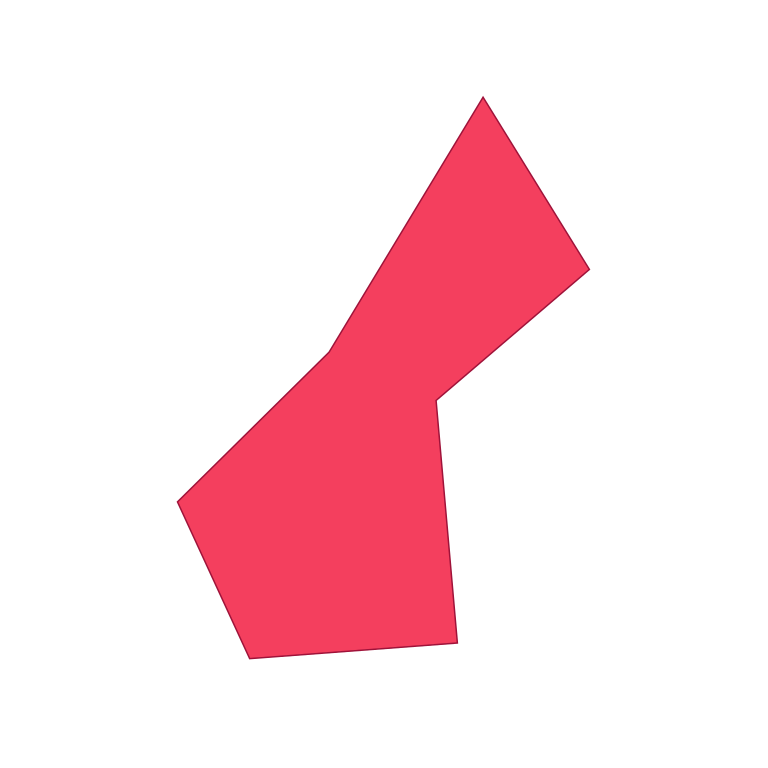 Covington, Virginia, United States of America (Albers equal-area conic projection), rotated 19°
{"feature_id": "52423323B91815007109121", "entity_name": "Covington", "entity_type": "district", "adm_level": 2, "iso_a3": "USA", "parent_name": "United States of America", "parent_adm1": "Virginia", "projection": "albers", "projection_center": [-79.988, 37.781], "detail": "fine", "context": "isolated", "style": "filled", "palette": "rose", "viewbox_px": 768, "rotation_deg": 19, "n_neighbors": 0, "source": "geoboundaries", "source_scale": "gbopen_adm2", "svg_char_len": 265}
<svg xmlns="http://www.w3.org/2000/svg" viewBox="0 0 768 768"><g transform="rotate(19 384 384)"><path d="M227.1,562.7L346.4,687.4L537.7,605.0L438.6,382.6L540.9,208.8L384.3,80.6L321.7,371.8L227.1,562.7Z" fill="#f43f5e" stroke="#9f1239" stroke-width="1.5"/></g></svg>